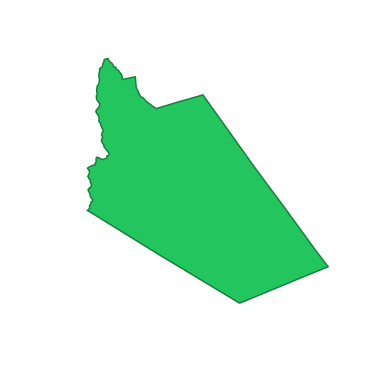 the district of Uruçuí, Piauí, Brazil, rotated 310°
{"feature_id": "56859067B38416521991119", "entity_name": "Uruçuí", "entity_type": "district", "adm_level": 2, "iso_a3": "BRA", "parent_name": "Brazil", "parent_adm1": "Piauí", "projection": "natural_earth1", "projection_center": [-44.572, -7.785], "detail": "fine", "context": "isolated", "style": "filled", "palette": "green", "viewbox_px": 384, "rotation_deg": 310, "n_neighbors": 0, "source": "geoboundaries", "source_scale": "gbopen_adm2", "svg_char_len": 2706}
<svg xmlns="http://www.w3.org/2000/svg" viewBox="0 0 384 384"><g transform="rotate(310 192 192)"><path d="M110.6,123.7L112.6,136.5L112.7,137.3L114.3,148.6L122.4,204.2L123.4,211.1L136.1,291.5L137.3,299.5L138.1,300.3L197.8,331.4L222.3,344.3L222.6,342.9L223.8,337.4L227.1,322.7L231.1,306.8L240.2,270.2L249.9,229.1L250.4,227.2L250.7,225.8L261.2,185.2L273.4,137.9L259.9,128.9L254.7,125.3L254.1,124.9L245.0,118.9L233.0,111.0L232.6,109.9L232.8,108.2L232.3,106.9L232.3,104.5L232.4,103.7L232.3,103.0L232.1,100.8L232.2,99.9L232.0,98.0L232.1,97.3L232.4,96.5L232.5,95.5L232.6,94.8L232.5,93.4L232.2,92.0L232.2,91.3L232.6,90.3L232.7,89.0L233.3,88.2L234.0,87.1L234.4,85.8L234.9,85.1L235.2,84.2L235.8,82.5L243.8,74.5L233.4,66.3L234.2,65.3L235.1,64.7L236.6,62.7L236.9,61.8L237.1,60.7L237.2,59.7L237.4,59.0L238.0,57.5L237.6,56.8L237.6,55.8L237.8,54.6L238.6,53.4L238.1,52.8L237.7,51.6L238.2,50.8L238.5,50.1L239.0,48.4L239.1,47.6L239.0,45.1L239.1,44.4L239.4,43.7L239.9,42.7L240.2,41.8L239.7,41.6L238.5,40.4L238.0,40.1L236.7,39.7L236.0,40.1L235.3,40.8L234.0,41.0L232.8,41.3L230.9,42.5L229.8,42.6L227.8,42.0L227.1,42.1L226.4,42.5L225.6,43.2L224.9,43.8L223.2,44.4L222.6,44.8L221.8,45.6L220.4,46.5L219.8,47.4L219.3,48.3L218.5,49.0L217.7,49.4L216.6,50.3L214.7,50.9L213.5,51.4L212.1,51.3L211.5,51.6L210.6,52.4L209.9,52.6L209.2,53.1L207.2,54.9L206.7,55.9L206.3,56.4L205.6,56.7L204.4,56.8L202.1,58.8L201.7,59.4L201.3,60.5L201.1,61.3L200.4,63.8L200.1,64.7L199.6,65.2L198.9,65.6L196.9,66.1L195.2,66.1L194.6,66.1L193.3,66.2L192.3,66.3L191.4,67.3L191.3,68.1L190.7,69.5L190.4,71.1L189.1,73.2L186.6,75.0L186.0,75.8L185.9,77.6L185.0,78.5L183.2,81.6L182.9,82.7L182.6,83.5L181.5,84.9L180.7,84.9L179.3,85.1L178.6,85.8L177.2,86.3L176.9,87.5L176.2,88.6L175.5,88.6L174.8,88.9L174.2,88.8L173.5,89.3L172.9,89.9L172.1,91.5L171.2,94.6L170.4,95.2L169.8,96.0L169.7,97.3L169.5,97.9L169.5,98.8L169.3,99.6L169.0,100.1L168.6,102.5L167.9,104.1L166.8,104.3L165.5,104.2L164.9,103.7L164.4,104.1L163.4,104.8L162.1,104.4L160.6,103.4L159.9,103.2L159.5,102.7L159.3,102.0L158.7,100.8L158.3,98.6L157.9,97.8L157.6,96.8L156.7,96.7L155.0,97.8L154.3,98.5L153.6,98.9L152.7,99.4L151.6,99.4L150.8,99.8L150.0,100.3L149.1,99.0L147.9,98.5L146.8,97.9L145.1,97.3L144.5,96.8L143.0,96.7L142.6,97.9L142.3,99.5L142.0,100.1L140.5,101.2L138.8,101.8L137.0,102.1L136.6,103.6L135.9,104.6L136.0,105.9L135.1,107.3L134.1,107.8L133.6,108.6L133.1,110.0L132.4,110.7L130.3,111.5L129.7,111.0L127.6,110.7L126.7,111.1L126.0,112.4L125.2,114.8L124.4,115.4L123.9,116.3L123.4,116.7L123.0,117.5L122.5,119.0L122.4,120.5L122.0,121.2L120.7,121.6L119.7,121.0L118.1,122.0L116.1,122.2L114.7,123.0L113.8,124.0L112.2,124.0L111.5,123.8L110.6,123.7Z" fill="#22c55e" stroke="#15803d" stroke-width="1.5"/></g></svg>